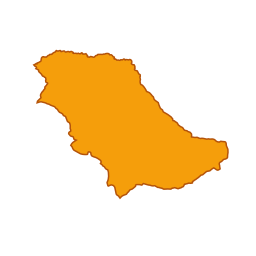 Fómeque, Cundinamarca, Colombia, rotated 99°
{"feature_id": "7082276B76169675802972", "entity_name": "Fómeque", "entity_type": "district", "adm_level": 2, "iso_a3": "COL", "parent_name": "Colombia", "parent_adm1": "Cundinamarca", "projection": "natural_earth1", "projection_center": [-73.835, 4.535], "detail": "fine", "context": "isolated", "style": "filled", "palette": "amber", "viewbox_px": 256, "rotation_deg": 99, "n_neighbors": 0, "source": "geoboundaries", "source_scale": "gbopen_adm2", "svg_char_len": 5799}
<svg xmlns="http://www.w3.org/2000/svg" viewBox="0 0 256 256"><g transform="rotate(99 128 128)"><path d="M126.4,30.1L126.6,32.9L126.6,34.3L127.6,35.6L127.6,36.4L127.7,36.9L127.4,38.3L126.9,39.3L125.9,40.7L125.8,41.7L125.6,42.2L125.9,44.3L126.2,45.3L126.1,46.6L126.7,48.6L126.5,51.8L126.6,53.5L127.0,54.6L126.9,56.5L126.5,57.5L126.4,58.4L126.9,60.5L126.9,63.9L126.6,64.0L125.2,64.0L123.9,64.4L123.5,64.8L122.5,66.1L122.1,68.3L121.5,69.3L121.4,71.6L121.1,72.1L120.8,72.6L119.6,73.5L119.2,74.1L118.8,74.8L118.4,76.5L117.7,77.5L117.3,78.6L115.6,79.9L115.0,80.6L114.5,82.0L113.7,83.4L113.6,84.8L112.3,85.3L112.0,85.3L110.3,87.2L108.4,90.9L106.6,95.6L106.0,96.1L105.0,96.6L104.5,97.2L103.9,98.5L103.2,99.3L100.3,101.1L98.2,102.1L96.9,104.7L95.9,106.4L95.2,106.9L93.5,107.7L93.1,108.1L92.4,109.2L91.4,110.2L89.8,112.3L89.4,113.6L89.1,115.1L88.7,115.4L88.5,115.8L87.4,116.4L85.2,118.4L83.6,120.3L83.3,121.0L83.2,121.7L82.9,122.3L82.2,122.6L81.8,122.9L81.4,122.9L80.7,123.3L79.1,123.4L78.3,123.3L76.1,124.1L75.5,124.2L75.4,124.0L74.7,124.0L73.4,124.4L72.9,125.8L70.2,127.7L69.8,130.1L69.2,130.7L68.8,130.8L67.9,130.4L67.6,130.4L67.3,130.7L66.9,130.9L66.1,130.8L64.9,131.6L64.8,131.9L64.6,132.0L64.7,133.2L64.4,134.1L64.0,134.6L63.6,134.8L63.0,134.5L61.5,134.7L61.0,135.0L60.1,136.1L60.2,136.5L60.1,137.2L60.6,137.9L60.7,138.2L60.6,138.8L60.7,140.8L60.9,141.1L61.3,141.4L61.2,141.7L60.6,142.3L60.5,142.8L60.7,143.2L61.4,143.9L61.6,144.4L61.7,145.8L62.5,146.6L62.4,148.3L62.7,149.6L62.6,149.9L62.0,150.7L62.0,151.2L61.8,151.4L62.0,151.9L62.0,152.3L61.7,152.6L60.9,152.5L60.2,152.6L60.0,153.0L59.9,153.9L58.9,154.8L58.6,155.5L58.4,155.7L58.3,156.2L58.6,157.4L58.3,157.9L57.8,158.2L57.5,159.4L57.6,160.1L57.8,160.6L57.8,161.2L58.7,162.7L58.7,163.5L59.1,164.1L59.4,165.2L59.6,166.8L59.8,167.6L60.0,169.2L60.3,169.5L60.8,169.7L61.6,171.2L63.0,172.2L63.4,172.7L63.5,173.1L63.3,174.5L63.2,176.0L63.4,176.4L64.1,177.1L64.0,178.1L64.1,178.7L63.9,179.3L63.7,179.4L62.9,179.3L62.6,179.8L61.9,180.3L61.2,181.2L61.4,181.4L61.7,182.5L62.0,184.0L61.8,184.6L61.6,184.7L61.4,184.6L61.2,184.8L61.0,185.3L61.1,185.8L61.4,186.1L61.9,186.3L62.2,186.9L62.2,187.9L61.9,188.8L62.4,189.7L62.5,190.2L62.3,191.0L62.8,193.4L62.8,193.8L62.5,194.1L61.9,194.0L61.3,195.6L61.3,196.0L61.5,196.7L62.1,197.5L61.8,198.5L61.8,199.2L62.1,200.0L62.7,201.2L62.7,201.8L62.0,202.8L61.9,203.2L62.3,204.4L62.8,205.3L63.0,206.0L62.9,206.3L62.3,206.5L62.1,206.9L62.3,207.8L63.0,209.1L62.9,210.3L62.7,210.7L62.8,211.0L63.3,211.1L63.6,211.5L64.0,211.5L64.3,211.8L64.9,212.8L66.4,214.5L67.0,214.6L67.4,215.5L67.4,216.2L67.6,216.8L68.3,217.2L68.9,218.3L70.7,219.7L71.0,221.9L70.8,222.5L71.2,223.7L72.3,224.4L73.2,224.4L73.3,224.5L73.7,224.5L75.2,224.4L75.9,224.8L77.3,226.5L77.5,227.0L78.6,228.6L78.9,228.2L79.3,229.3L80.4,230.9L81.5,229.6L81.7,228.6L82.3,228.0L82.8,227.8L83.8,228.3L84.0,227.4L84.5,226.3L84.5,225.9L84.7,225.5L85.0,225.3L86.0,225.1L86.4,224.6L86.8,224.4L87.2,223.5L87.7,223.0L88.3,222.0L89.9,220.7L90.2,220.0L90.1,219.4L90.8,218.6L91.2,217.3L93.0,216.6L93.9,216.8L95.3,216.4L95.8,215.9L96.0,214.6L96.4,214.3L97.3,214.5L97.9,215.0L98.8,215.4L99.9,216.2L100.5,216.5L101.6,216.4L101.9,216.2L102.2,216.3L104.2,217.5L104.9,217.7L106.1,218.6L108.5,219.5L109.7,219.5L111.7,218.7L112.0,218.8L113.9,220.3L115.7,221.6L117.3,221.7L116.0,219.1L115.7,217.7L116.1,213.4L116.7,211.7L116.8,210.5L116.9,209.7L117.6,207.8L118.4,204.0L119.0,203.1L119.9,202.2L120.3,201.2L120.8,200.5L122.1,199.4L123.2,198.1L123.6,196.6L124.2,195.1L124.5,194.7L125.8,193.7L126.3,191.8L126.7,191.3L127.6,190.8L130.6,189.1L131.1,188.7L132.1,186.5L133.7,185.7L134.7,185.4L137.6,185.0L138.7,184.4L140.0,184.1L140.8,184.8L141.1,185.3L141.9,185.7L142.4,185.8L143.2,185.5L144.8,183.6L145.1,182.4L145.1,181.5L145.3,180.8L146.1,180.3L147.4,179.7L147.7,179.2L148.1,177.2L151.0,180.3L152.7,181.3L154.1,181.8L155.3,180.3L156.4,179.7L157.8,178.6L158.4,177.8L160.9,170.9L161.1,168.7L160.9,166.0L160.6,164.6L160.4,164.0L160.1,163.8L158.5,163.7L158.0,163.5L157.7,163.0L157.7,162.0L158.0,161.2L158.3,160.9L159.9,160.4L161.1,159.6L161.7,157.9L162.2,154.9L162.9,152.9L164.3,150.0L165.7,149.2L166.6,149.3L167.4,149.7L167.5,149.6L168.4,147.8L169.4,146.9L169.9,145.5L170.2,145.1L171.1,144.3L172.0,143.2L172.2,142.8L172.4,141.6L173.2,141.1L174.9,140.4L178.7,139.6L181.5,139.5L182.9,139.6L184.8,140.1L185.4,140.1L188.2,138.8L188.4,138.4L188.3,138.1L187.2,136.5L186.8,135.5L187.0,133.8L187.4,133.0L188.6,131.8L195.1,129.3L196.0,128.3L196.5,127.0L196.8,126.5L197.6,125.9L197.9,125.4L198.5,124.9L197.8,124.4L196.8,123.8L195.8,122.8L194.8,121.3L193.8,119.4L193.1,118.9L191.7,118.3L191.1,117.6L189.1,116.6L188.5,116.0L187.8,114.5L186.7,113.4L184.6,111.6L184.2,111.4L183.2,111.5L182.6,110.8L182.1,107.8L182.2,106.2L182.2,105.5L181.7,104.9L180.7,104.4L180.5,104.2L180.5,103.7L181.0,100.0L181.1,98.3L181.0,97.2L181.3,96.2L181.3,95.3L181.3,94.2L180.9,93.1L180.9,92.3L182.0,89.4L181.9,87.9L182.1,87.2L182.2,85.2L182.3,84.6L182.7,83.7L182.8,83.0L182.0,79.2L181.7,76.4L181.3,75.6L180.8,75.3L180.5,74.9L180.4,74.3L179.6,72.5L179.8,71.9L179.7,71.6L180.1,69.7L180.1,68.9L179.3,67.6L178.9,66.5L177.9,65.3L177.2,64.2L176.5,63.9L174.7,63.4L174.5,62.9L174.4,62.3L174.0,61.7L173.7,60.8L172.9,59.3L172.8,57.4L172.2,55.8L171.9,55.7L171.2,56.0L170.4,55.5L170.2,55.3L170.1,54.9L169.7,54.7L169.3,54.4L168.4,53.2L166.7,51.6L166.2,51.0L164.2,49.3L163.3,48.8L162.5,46.9L159.5,44.4L158.5,43.3L157.5,40.5L155.5,38.8L154.1,37.3L154.0,37.0L154.4,36.0L155.3,34.2L155.6,33.3L155.5,32.5L154.4,31.0L154.1,30.7L153.7,30.7L152.1,31.3L150.5,31.7L149.5,32.2L148.7,32.3L148.0,32.1L147.4,31.7L146.5,30.4L144.4,28.9L143.9,28.3L143.4,26.9L142.8,26.0L142.2,25.4L141.4,25.1L139.1,25.4L136.6,25.4L133.9,25.9L133.1,26.2L130.4,27.9L129.4,28.3L128.3,28.5L127.4,28.9L126.8,29.3L126.4,30.1Z" fill="#f59e0b" stroke="#b45309" stroke-width="1.5"/></g></svg>